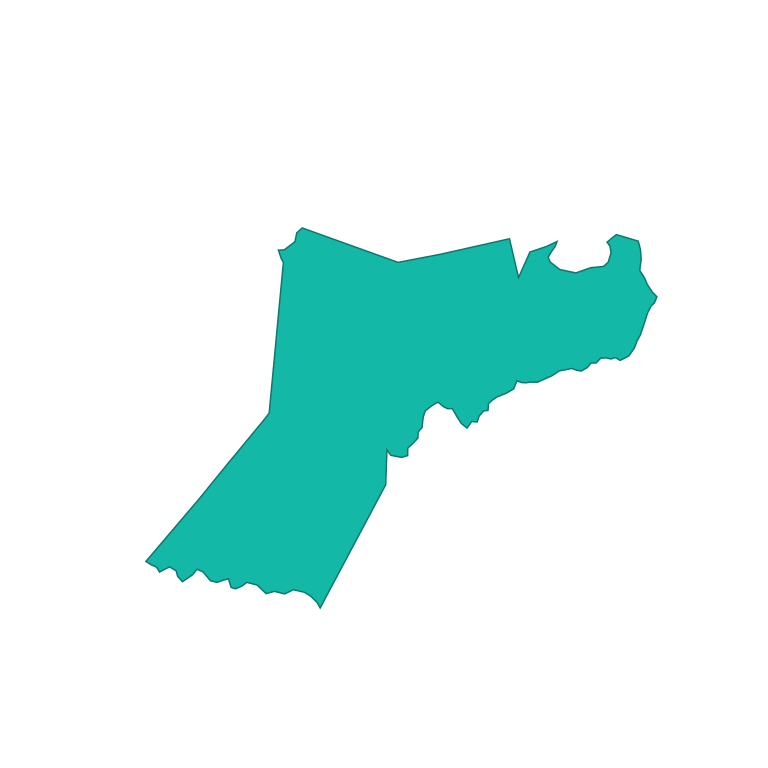 the district of Carnaíba, Pernambuco, Brazil, rotated 65°
{"feature_id": "56859067B38312935783523", "entity_name": "Carnaíba", "entity_type": "district", "adm_level": 2, "iso_a3": "BRA", "parent_name": "Brazil", "parent_adm1": "Pernambuco", "projection": "albers", "projection_center": [-37.706, -7.797], "detail": "fine", "context": "isolated", "style": "filled", "palette": "teal", "viewbox_px": 768, "rotation_deg": 65, "n_neighbors": 0, "source": "geoboundaries", "source_scale": "gbopen_adm2", "svg_char_len": 1798}
<svg xmlns="http://www.w3.org/2000/svg" viewBox="0 0 768 768"><g transform="rotate(65 384 384)"><path d="M349.7,121.9L354.5,121.0L361.0,122.7L368.4,129.4L370.2,135.3L367.9,142.1L366.0,147.2L364.4,163.3L354.5,176.3L343.6,181.9L338.4,181.6L334.5,175.7L331.6,170.7L328.0,166.9L328.0,178.5L326.1,196.0L344.4,217.1L305.4,208.9L290.3,277.9L279.7,319.9L208.0,392.2L210.1,399.1L217.4,404.6L220.3,417.8L218.0,423.1L226.7,424.1L231.3,423.8L361.9,500.4L365.6,507.6L386.0,550.4L389.4,557.7L409.9,599.9L444.2,674.8L449.5,671.4L453.9,667.5L459.6,666.9L459.2,661.3L459.2,655.6L465.4,651.4L471.2,652.3L478.0,650.2L476.0,638.1L472.9,631.7L477.9,627.4L484.2,625.7L489.1,624.4L493.3,619.1L493.8,613.3L494.8,607.2L503.7,608.6L506.8,605.2L507.1,598.0L505.8,592.2L512.6,583.9L524.1,579.5L525.6,571.0L532.3,562.7L532.1,553.1L539.0,544.3L545.1,540.2L549.6,538.5L553.7,537.0L560.0,536.5L485.2,437.2L476.0,425.0L466.9,420.4L445.0,409.2L451.5,408.0L458.0,399.0L458.9,392.8L452.2,389.6L450.0,382.8L447.4,376.2L441.9,373.3L439.5,367.8L434.6,365.0L430.3,362.2L425.8,358.0L423.8,349.3L423.3,342.7L429.5,339.8L433.2,336.9L435.2,332.5L446.2,331.5L452.5,330.6L459.0,327.4L455.1,320.4L457.8,315.7L453.2,311.2L450.5,305.0L451.9,300.9L445.9,297.5L444.3,292.2L443.5,287.0L444.0,277.1L443.3,268.6L437.3,262.2L440.7,258.9L442.8,255.0L444.3,250.1L447.2,244.3L447.4,234.1L447.5,228.1L446.2,219.6L447.8,213.5L449.3,207.2L453.0,203.5L455.6,199.7L455.0,192.8L452.5,187.5L454.6,182.7L452.2,176.8L454.1,171.7L457.2,167.8L457.8,163.2L462.4,160.0L462.1,150.4L459.9,146.5L457.0,141.6L452.2,136.8L447.9,130.9L438.1,121.6L431.0,115.1L426.2,108.8L424.8,104.7L420.3,99.8L414.2,101.9L405.2,103.3L398.0,103.0L389.1,104.2L379.5,98.1L370.3,94.7L362.0,93.2L346.8,110.3L347.9,115.1L349.7,121.9Z" fill="#14b8a6" stroke="#0f766e" stroke-width="1.5"/></g></svg>